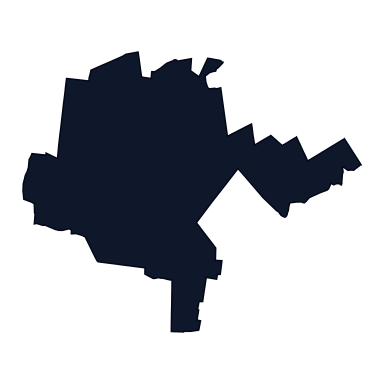 Conkal, Yucatán, Mexico
{"feature_id": "50627088B39566324417848", "entity_name": "Conkal", "entity_type": "district", "adm_level": 2, "iso_a3": "MEX", "parent_name": "Mexico", "parent_adm1": "Yucatán", "projection": "orthographic", "projection_center": [-89.502, 21.075], "detail": "fine", "context": "isolated", "style": "filled", "palette": "ink", "viewbox_px": 384, "rotation_deg": 0, "n_neighbors": 0, "source": "geoboundaries", "source_scale": "gbopen_adm2", "svg_char_len": 4313}
<svg xmlns="http://www.w3.org/2000/svg" viewBox="0 0 384 384"><path d="M207.7,58.3L199.1,76.8L195.1,74.0L190.6,70.8L191.4,58.7L177.8,61.1L176.2,59.9L174.5,59.8L174.6,60.2L166.7,63.3L160.9,67.9L160.8,68.0L155.0,71.7L151.8,71.7L151.6,73.3L151.4,75.3L151.4,76.1L151.3,76.9L151.3,77.6L151.3,78.4L151.2,78.5L142.2,77.2L141.8,77.2L141.8,76.8L141.5,76.8L138.1,52.1L136.6,52.3L132.4,53.1L125.9,54.3L122.8,56.2L121.1,57.0L112.7,60.7L111.5,61.3L106.3,63.5L105.9,63.7L101.6,65.5L95.5,68.2L91.0,70.2L90.1,74.5L90.0,74.8L89.1,78.0L89.0,80.1L88.6,81.0L76.6,79.6L66.6,78.5L66.3,80.9L65.7,85.7L65.4,88.4L65.1,91.3L64.9,93.3L63.6,103.3L60.5,130.5L60.3,131.5L58.7,145.8L57.5,158.6L46.1,153.1L46.1,154.1L46.2,155.1L42.9,154.8L40.0,154.5L32.0,153.6L31.4,155.3L29.9,158.3L29.2,159.4L28.9,162.5L28.5,167.2L27.2,171.6L26.1,173.8L25.2,175.9L24.5,179.0L23.3,183.7L23.0,191.0L23.6,196.4L23.8,199.2L26.2,200.1L28.5,201.0L31.5,202.1L34.1,203.6L34.2,203.9L34.4,206.7L34.5,210.3L34.6,213.0L35.1,214.3L34.3,223.9L35.6,223.6L36.9,223.5L42.7,225.3L44.3,225.2L45.7,225.4L46.2,225.6L55.5,229.5L57.6,229.9L58.4,230.3L60.8,230.3L62.1,230.4L64.6,229.9L65.6,229.5L67.3,229.3L68.7,228.7L71.3,229.7L71.4,231.3L71.3,233.8L76.2,233.6L82.0,235.3L82.6,235.6L85.2,236.9L88.1,242.8L89.7,246.1L90.7,248.0L92.2,251.2L93.4,253.6L94.6,256.0L95.9,258.5L96.5,259.8L97.2,260.9L97.7,261.3L97.8,261.4L98.1,261.7L100.6,262.1L100.8,262.1L108.6,263.1L108.8,263.1L118.9,264.4L119.2,264.5L127.1,265.5L127.4,265.5L133.4,266.3L145.0,267.8L144.9,274.0L147.6,275.5L151.8,277.7L153.1,278.4L154.0,278.5L158.1,277.7L159.1,277.7L160.3,278.1L162.5,278.1L168.6,279.6L169.5,279.7L170.4,280.0L172.1,279.8L172.0,283.1L172.0,287.2L171.9,294.1L171.8,300.7L171.7,306.8L171.5,315.2L171.3,331.5L174.0,331.6L177.6,331.7L180.0,331.8L180.3,331.8L180.5,331.8L180.8,331.8L181.1,331.8L181.3,331.8L182.6,331.9L183.1,331.9L183.0,331.5L183.7,331.5L184.1,331.4L188.2,331.3L188.6,331.3L190.9,331.3L194.8,330.7L198.4,330.2L198.7,330.0L198.7,329.9L198.8,329.7L200.5,320.8L200.4,320.8L197.0,320.0L198.2,312.8L198.6,310.0L197.5,309.7L198.3,305.4L199.0,301.5L202.6,301.6L203.5,295.4L205.8,280.1L206.3,277.4L216.6,279.2L217.4,274.4L220.2,274.4L221.4,265.0L221.5,263.8L221.7,262.3L221.9,260.7L215.4,260.4L215.7,248.0L210.9,241.7L200.2,227.8L200.2,227.7L196.3,222.7L196.7,222.2L196.8,222.1L212.0,201.9L212.3,201.5L212.6,201.1L213.0,200.6L225.1,185.2L231.4,177.0L235.0,172.4L238.0,168.5L246.1,177.8L258.0,191.7L258.1,191.8L263.0,197.5L276.4,210.5L278.6,211.9L280.1,214.0L281.0,215.2L282.8,216.4L285.1,217.2L286.3,216.1L287.1,214.6L287.3,213.2L288.3,210.5L288.8,206.5L289.8,202.8L290.8,202.7L296.3,202.0L299.0,202.0L301.0,201.8L302.7,202.5L304.3,202.8L306.2,201.3L307.0,200.2L309.3,197.6L319.6,192.9L324.6,191.0L326.9,190.2L328.6,188.8L329.4,186.9L330.9,183.5L331.6,183.7L333.9,184.8L335.6,183.9L337.6,183.6L339.3,183.7L340.7,184.6L341.2,185.0L341.8,183.8L341.8,181.6L342.4,174.1L343.0,172.5L343.0,171.1L342.2,166.7L343.2,167.0L346.0,168.9L347.8,170.3L351.1,170.0L353.8,170.2L355.6,168.6L358.9,166.2L359.6,165.5L360.9,164.7L361.0,164.7L349.2,146.2L344.4,138.7L344.2,138.9L337.9,142.7L333.5,145.4L332.6,145.9L324.3,151.0L323.7,151.3L317.2,155.3L307.7,161.0L307.1,159.9L305.9,157.1L304.4,153.9L303.4,151.9L302.0,148.8L301.4,147.5L299.9,144.2L298.9,142.2L298.8,141.9L298.6,141.6L297.7,139.6L296.5,137.0L296.3,137.2L295.0,137.9L291.0,140.3L290.6,140.6L289.2,141.4L286.6,143.0L285.9,143.4L285.2,143.8L284.6,144.2L283.7,144.6L282.2,145.6L281.3,144.8L281.0,144.5L280.7,144.3L280.3,143.9L279.0,142.8L276.6,140.6L270.8,135.5L270.6,135.7L270.2,135.9L269.8,136.2L269.4,136.4L269.1,136.6L268.7,136.8L268.2,137.1L267.6,137.4L267.1,137.7L266.7,137.9L266.4,138.1L265.9,138.5L264.5,139.2L256.8,143.8L254.7,145.1L254.6,144.9L254.6,144.7L254.0,141.4L252.9,134.7L252.5,131.4L252.1,128.0L251.5,124.0L244.5,127.5L243.6,128.0L242.2,128.7L240.9,129.4L239.5,130.1L237.7,131.0L235.9,132.0L234.1,132.9L232.2,133.8L229.0,135.5L227.4,136.3L220.7,87.8L219.0,88.2L217.6,88.7L216.1,88.7L214.8,88.3L212.7,88.5L210.1,88.8L208.7,88.7L207.5,87.1L206.7,84.9L206.1,82.8L205.8,82.1L205.5,78.9L205.3,78.2L205.2,75.9L206.5,75.1L207.6,74.2L209.1,72.9L209.6,72.6L213.1,71.5L215.6,71.1L216.5,68.7L218.0,67.9L222.8,62.9L223.0,62.3L222.5,62.3L221.4,61.3L220.3,60.5L213.7,59.3L209.6,58.5L207.7,58.3Z" fill="#0f172a" stroke="#020617" stroke-width="1.5"/></svg>